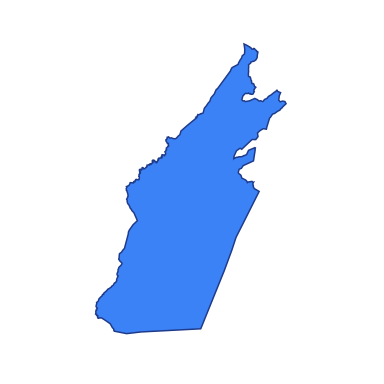 Asuogyaman, Eastern, Ghana (Equal Earth projection), rotated 199°
{"feature_id": "2480657B37277876999120", "entity_name": "Asuogyaman", "entity_type": "district", "adm_level": 2, "iso_a3": "GHA", "parent_name": "Ghana", "parent_adm1": "Eastern", "projection": "equal_earth", "projection_center": [0.144, 6.363], "detail": "fine", "context": "isolated", "style": "filled", "palette": "blue", "viewbox_px": 384, "rotation_deg": 199, "n_neighbors": 0, "source": "geoboundaries", "source_scale": "gbopen_adm2", "svg_char_len": 5999}
<svg xmlns="http://www.w3.org/2000/svg" viewBox="0 0 384 384"><g transform="rotate(199 192 192)"><path d="M251.5,164.0L251.3,163.6L250.6,163.2L250.2,161.9L249.7,161.0L248.3,159.6L247.5,159.3L244.8,156.3L243.7,155.9L242.9,154.9L240.2,153.5L234.4,147.2L234.8,146.2L237.0,142.0L238.9,135.5L239.0,133.9L239.1,133.6L238.6,131.6L237.5,116.7L238.6,114.1L239.0,112.2L240.3,110.4L240.5,109.9L239.8,107.0L239.5,106.3L239.5,105.1L239.4,104.6L239.0,104.2L238.4,104.0L238.0,103.4L235.3,102.1L234.9,101.6L234.9,101.0L235.3,99.5L236.5,97.2L236.6,95.3L236.6,94.4L236.1,92.7L236.3,90.6L236.1,89.8L235.2,88.6L234.5,88.5L234.8,85.1L234.7,84.6L234.3,83.5L234.6,82.9L234.5,82.4L234.9,81.4L235.7,80.7L236.1,78.4L236.4,77.8L237.3,76.7L237.4,75.8L239.1,73.5L239.8,72.9L239.9,72.5L240.1,72.3L240.3,71.4L241.4,69.3L242.2,68.2L242.5,67.1L242.3,66.4L242.9,66.2L243.2,65.8L243.4,64.0L244.4,62.6L244.6,61.8L245.0,61.2L245.2,60.3L245.1,58.3L246.2,56.5L246.2,56.2L245.7,55.5L245.7,54.1L245.5,52.7L245.2,52.2L243.7,51.3L244.2,49.8L244.2,49.6L243.7,49.4L243.8,48.9L244.1,48.6L244.2,48.1L243.6,46.7L243.4,45.2L242.4,45.3L242.2,44.4L241.5,44.1L241.2,44.3L240.9,43.9L240.6,44.0L240.6,43.0L240.2,42.7L240.0,42.2L239.4,42.1L238.1,43.0L237.7,43.0L237.3,43.4L236.5,43.5L233.2,42.7L226.4,40.8L223.1,37.8L221.6,37.1L221.2,36.6L221.1,36.0L220.2,35.1L207.7,36.8L194.6,43.1L139.2,65.5L135.9,127.8L135.4,150.2L135.6,163.6L133.9,175.8L128.7,214.4L134.2,215.5L135.8,217.0L136.1,218.1L136.8,218.8L137.2,220.1L137.0,221.2L137.4,220.9L138.4,221.5L138.8,221.5L142.2,219.7L142.7,219.0L143.0,219.5L144.3,220.4L145.1,220.8L149.5,221.4L150.6,223.1L151.6,224.0L153.9,224.7L154.7,225.8L154.8,228.9L153.0,230.5L152.2,233.6L144.0,241.4L145.9,252.0L146.1,252.2L146.1,252.8L146.4,253.2L146.4,254.3L147.0,254.4L152.1,249.8L152.6,245.1L154.7,243.2L155.0,243.2L156.1,241.8L156.7,241.5L159.4,240.4L160.0,239.8L161.2,239.3L162.2,238.5L162.7,237.6L163.3,237.6L163.4,237.4L163.9,239.6L163.4,245.3L163.0,246.0L160.8,249.0L158.9,248.6L152.3,261.2L148.8,262.3L147.6,265.8L149.3,269.2L147.6,272.3L145.2,275.1L142.1,275.6L142.4,277.9L142.7,287.1L142.1,288.4L141.3,291.6L140.9,292.2L139.5,293.1L137.3,296.3L135.6,297.9L135.3,299.2L134.2,301.0L134.0,301.9L131.8,306.1L133.6,307.8L135.9,307.5L138.0,306.0L139.9,307.1L140.8,311.4L140.6,314.8L142.9,314.9L143.8,315.1L144.6,315.9L145.0,315.8L145.7,314.1L146.5,313.3L148.9,309.5L150.8,307.3L151.6,305.0L152.0,304.5L153.6,303.1L154.1,301.1L154.4,300.7L155.0,300.5L156.7,300.7L158.2,299.8L160.3,300.6L163.1,300.9L167.2,297.0L170.9,294.9L171.6,295.0L172.1,295.3L173.4,294.7L174.5,295.1L174.9,295.7L175.2,299.2L173.7,302.6L172.4,302.9L171.2,303.4L170.7,304.0L169.6,303.5L169.1,304.0L168.5,303.6L167.3,303.8L166.7,304.1L166.2,304.5L165.8,307.2L166.3,307.4L166.5,308.4L166.7,308.7L166.8,308.9L166.5,309.3L166.4,310.2L165.8,311.8L166.4,311.9L166.8,312.2L167.3,312.2L168.6,314.1L169.7,314.5L170.2,314.1L170.7,314.1L171.4,315.2L171.9,316.5L172.8,317.2L173.4,318.4L174.2,319.4L174.7,319.8L175.7,319.6L176.3,319.9L177.3,322.4L177.6,324.1L178.6,326.6L178.9,327.9L179.4,329.6L179.9,330.4L179.7,331.2L178.6,332.8L178.5,333.4L178.7,333.8L178.6,334.0L177.3,335.1L176.0,335.8L174.7,337.6L174.3,339.0L174.2,340.5L174.9,343.1L175.2,345.8L175.8,346.0L176.4,345.8L176.6,345.9L176.9,346.6L178.7,347.2L179.6,347.9L180.5,347.7L180.6,347.0L181.8,346.6L183.0,347.4L184.2,347.8L187.6,348.5L191.0,348.9L188.5,344.0L187.3,339.7L188.1,338.2L188.8,337.5L188.8,334.5L189.1,333.6L189.3,333.3L190.0,329.2L190.0,327.6L194.6,322.7L195.0,320.9L195.1,318.8L201.7,297.5L202.2,297.3L202.4,297.0L202.7,294.3L202.8,292.1L204.7,287.2L204.7,283.4L205.5,281.8L206.6,277.8L207.6,275.3L207.2,270.5L207.7,269.8L208.2,269.6L208.6,269.2L209.2,268.9L209.2,268.6L209.7,268.3L210.5,267.4L211.1,267.2L211.7,267.1L211.6,265.5L211.7,265.1L211.8,265.1L211.7,264.8L212.2,264.5L212.0,264.3L212.5,264.0L212.3,263.7L212.5,263.4L212.2,263.3L212.4,263.1L212.3,262.9L217.7,254.1L222.3,246.1L222.1,242.3L223.4,240.1L223.8,239.0L224.4,237.7L225.0,237.0L225.8,236.7L227.3,236.4L229.1,236.5L230.3,235.9L230.8,235.9L231.8,236.1L231.8,236.4L232.1,236.5L232.5,236.0L233.2,235.8L233.1,235.4L233.2,234.9L232.8,234.2L233.2,233.8L233.3,233.0L233.6,232.9L233.5,232.4L232.9,231.4L232.0,230.9L231.1,229.9L230.4,230.2L230.1,230.1L229.6,228.3L229.1,228.0L229.2,227.4L229.8,226.9L230.1,225.8L230.6,225.2L230.1,224.1L230.1,223.8L229.8,223.6L229.9,223.4L230.2,223.3L230.1,222.5L230.7,221.2L229.9,220.5L229.3,219.5L229.7,218.3L229.7,217.7L229.9,217.4L230.5,217.9L232.4,217.5L232.2,216.7L232.5,216.2L232.5,215.1L232.2,215.0L231.6,215.3L231.6,214.5L232.2,214.1L232.7,214.0L233.1,213.6L234.2,213.4L234.5,213.1L234.7,212.6L234.3,212.4L234.1,211.9L234.7,211.5L234.6,211.0L234.3,210.7L234.8,209.7L234.6,209.1L234.9,208.2L235.3,208.0L235.7,208.6L236.1,208.9L236.6,208.6L236.7,209.0L237.2,209.0L237.8,209.6L238.3,209.4L238.8,209.6L239.3,209.5L239.7,208.8L239.7,208.3L239.4,207.9L239.4,208.8L239.0,208.9L238.8,208.2L239.1,208.1L239.1,207.9L238.6,207.3L238.5,207.1L239.0,206.8L239.2,205.8L240.0,204.5L240.2,204.4L240.3,204.5L239.8,205.6L240.9,204.9L241.1,204.4L241.1,203.7L242.0,203.7L242.7,202.9L243.3,202.6L242.8,201.5L243.2,201.1L243.1,200.7L243.7,200.0L244.0,199.1L244.5,198.7L244.8,198.2L245.2,198.2L246.1,199.0L246.6,199.1L247.1,198.6L247.0,198.0L246.7,196.9L247.1,196.1L247.3,196.1L248.0,196.6L248.4,196.7L248.9,196.1L248.9,195.6L248.8,195.3L247.4,194.1L247.5,193.7L247.8,193.9L248.0,193.8L247.7,193.3L247.2,193.4L247.0,193.0L247.0,192.8L247.3,192.8L247.5,192.5L247.8,191.3L247.4,190.3L247.4,189.5L246.9,189.4L246.5,188.6L246.2,186.8L246.3,186.2L247.0,186.2L248.1,185.6L248.4,185.9L249.0,185.7L249.4,184.9L249.2,184.0L249.5,183.7L249.5,183.2L250.0,183.4L250.4,182.9L250.2,181.8L250.3,181.5L251.2,181.2L251.7,181.4L252.6,180.9L253.1,180.9L253.5,180.7L253.4,179.9L253.5,179.2L253.8,177.6L255.3,176.2L255.1,176.2L255.0,175.4L255.2,175.0L255.3,173.6L254.6,172.7L254.5,172.1L254.1,172.1L251.9,169.0L251.1,167.3L251.1,166.9L251.3,166.5L251.1,165.7L251.5,164.0Z" fill="#3b82f6" stroke="#1e3a8a" stroke-width="1.5"/></g></svg>